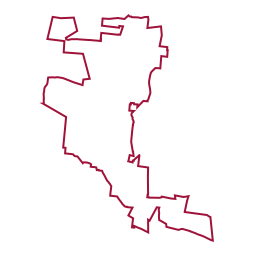 Teya, Yucatán, Mexico (Robinson projection)
{"feature_id": "50627088B95040904280046", "entity_name": "Teya", "entity_type": "district", "adm_level": 2, "iso_a3": "MEX", "parent_name": "Mexico", "parent_adm1": "Yucatán", "projection": "robinson", "projection_center": [-89.064, 21.057], "detail": "fine", "context": "isolated", "style": "outline", "palette": "rose", "viewbox_px": 256, "rotation_deg": 0, "n_neighbors": 0, "source": "geoboundaries", "source_scale": "gbopen_adm2", "svg_char_len": 3619}
<svg xmlns="http://www.w3.org/2000/svg" viewBox="0 0 256 256"><path d="M212.8,240.6L210.4,217.0L209.8,216.9L206.9,215.0L184.7,212.0L187.0,201.1L187.8,198.3L188.5,196.2L183.6,197.0L174.9,195.4L175.4,198.9L171.0,198.5L161.8,196.6L161.7,196.6L161.4,197.4L159.5,197.8L153.7,197.7L148.8,197.6L148.8,197.3L147.3,197.2L147.4,196.4L147.6,194.7L148.1,194.7L147.9,177.7L148.1,167.5L138.1,166.1L139.4,155.3L139.3,155.2L133.6,160.3L133.7,160.6L132.8,160.6L132.6,162.4L128.3,161.3L128.4,161.1L129.7,155.1L133.6,156.1L133.5,155.2L133.1,151.7L132.8,151.7L131.2,141.9L131.2,141.7L131.3,140.1L131.6,137.0L132.1,131.8L132.9,124.8L133.1,124.8L133.4,122.5L133.7,122.3L133.4,120.6L132.7,119.6L132.5,118.7L132.7,118.0L132.4,117.0L131.9,116.3L131.4,115.0L131.5,114.2L131.5,113.8L131.7,113.2L133.3,111.5L133.3,111.4L133.8,111.0L129.3,110.6L129.8,104.4L130.8,104.5L130.9,102.9L133.9,103.1L134.1,104.3L137.5,104.4L137.3,107.2L143.4,100.9L144.9,101.1L147.6,101.3L147.6,100.2L148.2,99.7L150.1,93.9L150.3,93.5L150.3,91.2L150.1,89.2L149.4,85.6L149.1,83.4L149.1,81.5L149.3,79.8L149.8,77.4L150.1,75.5L150.9,72.8L151.6,71.7L155.4,68.0L156.3,68.1L158.2,68.2L160.3,68.4L161.3,56.1L167.2,56.8L167.7,50.2L167.1,50.2L167.3,47.1L159.6,46.2L161.8,35.3L161.0,26.4L147.4,28.0L148.4,19.7L148.0,16.9L144.5,17.1L142.4,17.7L140.9,18.0L137.9,17.4L131.9,17.2L131.3,16.6L129.9,16.6L128.5,15.4L124.5,19.0L117.8,18.0L109.1,18.9L102.6,18.5L102.0,25.7L117.5,27.5L119.1,27.7L119.3,26.0L123.0,26.4L120.2,34.7L118.5,34.5L118.4,34.8L113.9,34.3L101.3,32.9L100.7,39.0L101.0,39.0L100.9,41.0L89.5,40.0L88.6,40.0L85.6,39.8L79.4,39.4L77.5,39.2L74.5,39.2L71.6,39.2L70.3,39.4L70.2,39.4L68.8,39.8L68.2,39.9L66.2,39.3L65.9,37.8L69.3,35.8L70.5,35.0L73.1,33.5L75.8,31.8L77.2,31.0L76.0,26.2L75.0,22.4L73.8,17.6L61.0,18.2L52.7,16.9L47.4,39.0L64.4,41.1L63.7,52.4L83.0,53.8L89.7,78.8L83.4,79.5L82.5,85.1L74.0,82.4L64.1,78.5L62.1,77.9L57.6,77.2L54.6,77.5L53.9,77.4L52.7,77.3L51.9,77.3L51.1,77.4L49.2,77.4L48.2,77.5L47.9,79.3L47.7,81.0L47.5,82.8L47.3,83.6L46.9,84.5L46.1,85.6L45.3,86.6L44.8,87.2L44.5,88.1L44.4,88.5L44.3,89.2L44.2,90.2L44.1,91.3L44.0,92.2L43.7,92.9L43.6,93.4L43.6,93.9L43.7,94.4L43.7,95.2L43.9,99.0L43.7,99.1L43.8,103.7L43.5,103.7L43.4,103.7L43.2,103.7L66.1,117.0L64.7,132.0L63.2,147.6L65.5,147.8L65.1,153.4L71.7,154.1L73.0,154.3L74.7,156.1L76.5,156.3L77.5,156.5L82.8,163.2L83.4,162.4L84.1,162.4L84.8,162.4L85.3,162.4L86.3,162.5L87.3,162.6L88.6,163.0L89.4,163.3L90.1,163.6L90.6,164.0L91.1,164.4L90.8,166.1L90.7,166.7L92.5,167.0L93.3,167.0L94.2,167.1L95.1,167.2L96.2,167.4L96.5,168.5L96.8,170.0L97.3,169.9L98.7,169.9L98.7,170.4L99.9,170.6L102.1,170.8L102.7,172.4L103.0,173.2L103.8,174.3L105.6,177.7L106.4,179.3L107.4,181.0L108.5,182.0L109.1,183.1L109.3,183.3L109.9,183.9L111.3,186.3L110.9,189.0L110.9,189.9L110.7,190.9L110.6,191.6L110.4,193.5L110.2,195.7L112.9,196.0L117.2,196.5L117.8,197.5L118.3,198.4L118.4,198.5L119.8,200.4L120.8,201.6L122.5,204.1L122.9,204.5L123.6,205.1L124.8,206.5L127.0,206.8L127.0,207.1L129.8,207.4L132.5,207.6L128.4,215.5L133.1,218.3L132.9,219.7L132.6,222.1L132.4,223.9L132.0,227.4L134.2,227.6L134.1,225.9L134.9,226.2L137.9,227.6L139.4,228.2L140.0,228.4L141.9,229.2L143.6,230.1L144.0,230.3L144.9,230.8L146.2,231.4L146.8,231.7L147.5,232.0L148.2,232.4L148.1,219.7L149.6,220.7L156.8,207.3L159.3,207.6L159.1,208.2L158.7,210.0L159.2,213.1L159.1,213.8L159.0,215.2L158.9,216.6L159.2,220.1L160.4,220.6L166.1,223.9L166.5,226.9L166.9,227.0L178.6,229.9L180.9,229.1L182.4,228.9L184.8,229.6L190.1,231.1L190.1,231.3L194.9,233.0L197.7,234.3L201.0,235.4L202.8,236.1L204.0,236.6L204.6,236.9L211.1,240.1L212.8,240.6Z" fill="none" stroke="#9f1239" stroke-width="2"/></svg>